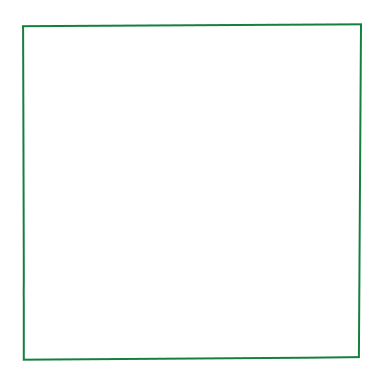 outline of Wallace, Kansas, United States of America
{"feature_id": "52423323B26647811749037", "entity_name": "Wallace", "entity_type": "district", "adm_level": 2, "iso_a3": "USA", "parent_name": "United States of America", "parent_adm1": "Kansas", "projection": "orthographic", "projection_center": [-101.931, 38.916], "detail": "fine", "context": "isolated", "style": "outline", "palette": "green", "viewbox_px": 384, "rotation_deg": 0, "n_neighbors": 0, "source": "geoboundaries", "source_scale": "gbopen_adm2", "svg_char_len": 280}
<svg xmlns="http://www.w3.org/2000/svg" viewBox="0 0 384 384"><path d="M23.8,359.7L309.5,357.7L358.9,357.1L361.0,24.3L23.0,26.2L23.1,28.8L23.3,92.1L23.8,271.0L23.8,281.7L23.7,293.9L23.8,304.2L23.8,315.3L23.8,316.2L23.8,359.7Z" fill="none" stroke="#15803d" stroke-width="2"/></svg>